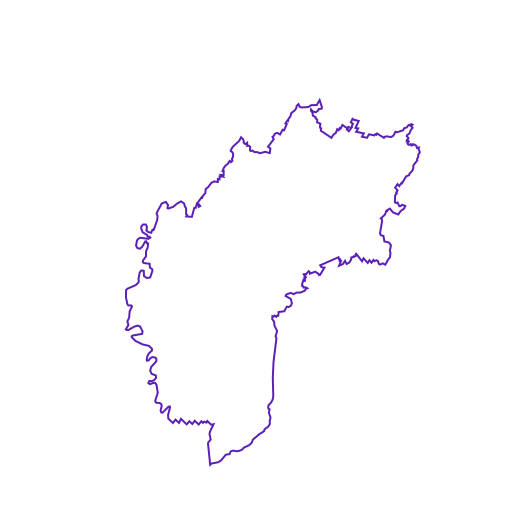 outline of Juan Rodríguez Clara, Veracruz, Mexico, rotated 215°
{"feature_id": "50627088B58130474518882", "entity_name": "Juan Rodríguez Clara", "entity_type": "district", "adm_level": 2, "iso_a3": "MEX", "parent_name": "Mexico", "parent_adm1": "Veracruz", "projection": "equal_earth", "projection_center": [-95.356, 17.973], "detail": "fine", "context": "isolated", "style": "outline", "palette": "violet", "viewbox_px": 512, "rotation_deg": 215, "n_neighbors": 0, "source": "geoboundaries", "source_scale": "gbopen_adm2", "svg_char_len": 6107}
<svg xmlns="http://www.w3.org/2000/svg" viewBox="0 0 512 512"><g transform="rotate(215 256 256)"><path d="M320.6,121.2L319.7,121.1L318.0,122.3L315.3,128.1L313.2,131.0L310.5,131.8L305.6,129.1L304.6,126.9L311.5,120.0L311.8,118.8L311.1,118.2L306.0,117.3L298.3,118.5L292.1,121.0L288.0,120.3L287.0,118.8L287.9,114.7L287.5,111.6L286.0,108.2L285.2,107.7L284.1,108.9L283.8,112.1L282.9,113.8L280.2,115.0L278.7,114.7L277.3,112.6L278.2,104.9L277.0,101.5L274.0,99.6L269.5,100.7L268.0,98.9L268.2,95.9L269.7,93.6L271.7,92.5L271.3,90.2L269.3,90.2L267.3,93.2L265.7,94.2L263.5,93.3L258.0,87.6L255.5,79.5L253.7,78.5L250.6,80.3L248.6,80.4L247.2,79.0L245.5,74.6L243.9,73.5L242.7,74.0L241.3,82.2L240.4,83.3L239.7,82.9L236.8,75.3L234.6,72.5L228.2,71.6L228.1,75.8L223.3,75.1L224.1,79.6L216.2,78.3L215.8,82.4L211.8,81.9L211.7,85.9L206.3,85.1L206.0,89.3L203.7,88.9L203.5,90.6L201.0,91.1L201.3,92.9L196.0,92.1L194.3,93.8L193.0,86.0L192.0,83.5L187.8,79.6L188.2,76.0L187.7,74.8L173.8,58.7L173.4,60.5L168.5,65.6L167.3,68.8L166.8,75.9L164.1,78.5L164.6,81.3L164.2,82.2L162.8,83.7L160.0,84.8L157.4,87.5L156.4,89.3L156.0,92.1L153.2,96.9L152.4,100.3L153.2,103.8L151.1,111.9L148.9,117.2L149.6,118.9L148.1,123.3L148.3,126.4L150.3,128.9L151.3,131.8L155.8,135.3L156.9,138.2L158.2,138.0L159.3,139.1L160.1,140.8L159.6,144.8L160.0,147.8L161.3,150.9L172.4,165.9L180.9,179.3L192.0,200.2L193.9,201.5L195.7,206.7L201.0,209.6L203.4,212.5L206.6,213.7L208.1,216.2L206.6,216.7L206.6,217.8L204.5,217.8L204.5,219.3L203.5,219.8L205.3,223.1L201.1,227.0L201.7,232.1L199.9,233.0L198.9,235.4L199.5,237.9L202.9,240.8L208.8,240.2L209.0,241.1L208.9,242.2L207.0,244.9L205.9,245.9L203.4,246.2L201.9,249.1L198.5,251.7L196.2,255.5L196.2,257.7L195.5,259.0L197.6,258.7L198.8,257.5L200.0,258.2L200.8,257.8L201.9,259.0L203.4,263.4L201.7,263.6L202.0,264.5L203.0,264.5L203.0,267.2L203.8,267.1L203.9,265.0L204.2,267.4L206.4,268.4L205.5,269.3L204.7,268.0L204.2,273.8L202.4,273.5L201.7,272.5L198.5,277.1L195.1,277.2L193.6,276.6L193.6,277.3L192.7,277.5L193.3,285.7L196.0,284.4L198.1,285.2L187.7,302.3L186.2,301.0L185.4,301.6L184.7,300.0L183.6,300.8L182.3,295.7L180.2,299.3L180.3,303.1L177.2,301.4L175.8,304.2L176.0,307.5L177.1,309.5L176.2,310.2L175.7,311.9L175.0,311.8L174.2,313.7L174.4,314.4L175.3,314.5L175.2,315.3L166.1,312.5L166.6,315.8L160.5,314.4L160.6,317.6L157.5,316.8L157.6,320.1L156.0,319.7L155.0,321.5L153.0,321.8L150.9,320.0L149.4,320.2L147.9,322.7L145.1,323.0L145.7,328.7L145.5,331.7L147.7,335.8L149.4,337.1L151.6,342.2L154.8,343.3L159.2,341.6L163.1,345.5L165.5,344.7L167.4,345.6L172.8,357.1L174.2,358.4L175.3,358.4L174.1,363.9L175.1,367.6L174.4,368.0L174.9,368.6L173.5,371.6L168.8,370.3L163.3,371.6L163.3,375.8L161.9,379.7L162.4,382.6L165.6,381.8L166.4,379.5L167.2,379.0L170.7,381.0L171.5,379.9L173.0,379.6L176.8,385.4L176.6,388.2L177.6,388.4L177.6,390.9L181.2,391.8L181.3,396.0L178.8,395.4L178.7,399.5L178.1,399.4L178.7,407.4L176.9,410.0L177.5,411.6L176.9,415.3L177.3,417.6L179.1,420.7L178.7,426.8L179.7,427.8L180.0,430.3L181.1,431.8L181.3,435.0L184.2,436.9L184.8,438.3L186.1,436.8L187.7,438.1L189.9,438.2L191.4,437.7L191.1,437.0L192.1,435.6L193.4,436.4L194.5,434.8L195.4,434.6L196.4,435.1L196.6,437.5L197.6,437.5L198.3,436.4L199.0,437.6L198.5,439.5L198.9,440.2L201.1,440.5L201.6,441.4L200.6,444.3L201.5,448.2L201.2,450.4L201.6,451.1L203.9,451.2L203.1,453.3L204.1,453.3L206.2,450.5L206.3,447.6L207.9,445.8L207.6,443.4L211.5,438.2L213.0,437.8L212.5,433.4L213.6,430.8L217.4,429.1L219.1,427.3L219.0,426.2L227.1,425.8L227.0,424.3L228.2,424.1L228.2,422.7L233.2,420.5L232.9,416.5L237.6,414.5L238.0,418.3L245.2,415.2L245.5,419.1L248.0,418.0L249.3,425.5L252.9,424.3L253.0,423.1L253.1,423.8L255.6,423.8L255.0,419.9L252.4,419.9L251.8,416.1L251.3,416.2L251.5,411.4L254.0,411.7L253.7,415.7L255.2,412.9L260.4,412.9L259.7,408.8L260.8,408.8L260.4,406.4L262.2,406.5L261.2,402.6L262.2,399.8L262.0,396.1L274.8,395.8L275.9,398.0L277.0,397.8L278.1,399.1L279.2,401.3L282.7,400.6L283.9,402.7L286.1,403.0L286.7,403.9L290.0,403.6L291.8,405.8L294.5,406.6L295.0,407.6L292.2,407.0L289.4,408.1L288.5,411.1L289.0,412.2L286.7,414.4L287.2,415.6L293.3,420.2L292.8,414.5L297.2,411.3L298.7,408.0L303.7,403.9L305.9,403.3L308.3,404.8L308.8,402.2L307.9,400.5L307.7,398.0L309.1,393.1L307.9,390.3L308.1,387.3L307.2,385.0L308.0,385.0L307.9,381.5L306.5,381.8L305.1,375.0L306.6,374.7L306.0,369.3L309.0,369.1L309.9,368.2L310.7,366.8L310.3,364.8L310.8,363.0L308.5,361.8L308.8,352.4L305.9,352.3L303.7,348.2L308.3,346.6L311.7,342.4L314.1,342.0L317.0,340.2L319.3,340.4L320.6,338.9L321.9,339.4L323.3,342.1L325.2,342.2L326.3,341.1L328.2,343.7L328.8,341.5L331.1,341.7L331.8,343.0L333.6,344.2L336.3,344.7L335.8,340.7L337.7,331.8L337.3,328.4L337.0,327.5L334.9,327.5L333.1,326.4L331.5,323.3L331.4,321.8L329.9,320.4L330.4,318.5L332.0,318.9L332.3,317.5L331.8,316.2L332.9,312.1L332.9,309.6L332.1,306.4L331.1,307.0L328.9,303.6L331.0,302.4L328.6,302.0L331.5,300.4L329.8,297.9L331.4,297.2L329.7,294.8L333.0,293.1L334.5,290.5L334.8,284.6L335.6,282.1L333.6,278.5L334.1,273.1L333.6,273.2L333.5,272.5L334.2,272.3L334.4,266.1L330.4,264.9L331.1,263.4L333.7,265.5L334.5,265.0L333.0,260.8L334.2,260.1L331.0,251.3L335.8,248.4L335.9,250.1L337.3,250.2L340.5,254.9L342.9,255.9L345.0,257.8L348.8,257.7L350.8,253.5L351.9,249.0L355.1,244.5L356.1,244.5L357.2,247.3L360.9,248.6L363.3,245.0L362.2,235.3L361.5,233.4L359.6,232.4L357.6,228.8L354.9,219.4L354.9,218.5L355.6,218.5L355.9,217.5L355.1,215.0L357.9,213.8L360.4,214.0L362.0,217.3L364.3,218.6L366.6,217.0L366.9,214.6L365.9,212.7L362.4,210.4L357.4,210.8L356.0,209.8L354.3,210.7L353.1,210.4L354.0,208.3L361.4,204.5L362.3,202.5L362.4,200.4L360.2,195.7L357.9,194.5L355.3,195.3L354.5,198.4L355.1,204.3L354.4,205.1L352.8,203.9L351.6,204.4L349.5,200.6L348.8,196.8L345.9,192.6L346.0,187.6L345.3,186.1L343.8,185.9L338.7,188.6L336.2,185.7L333.4,185.6L332.3,184.4L330.4,177.7L332.6,175.4L336.2,175.3L339.4,179.4L341.2,178.8L341.7,177.9L341.8,175.8L339.3,170.2L337.2,167.6L337.2,166.4L337.9,163.0L342.6,155.4L342.9,153.6L338.7,147.4L333.5,142.6L332.2,142.3L329.7,144.0L328.6,143.5L327.7,138.1L324.6,132.8L323.8,128.6L320.9,126.3L320.6,121.2Z" fill="none" stroke="#5b21b6" stroke-width="2"/></g></svg>